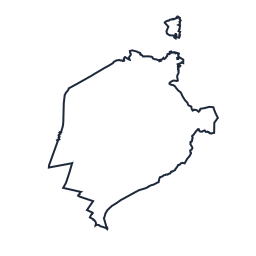 Metepec, Hidalgo, Mexico, rotated 70°
{"feature_id": "50627088B82713167627307", "entity_name": "Metepec", "entity_type": "district", "adm_level": 2, "iso_a3": "MEX", "parent_name": "Mexico", "parent_adm1": "Hidalgo", "projection": "natural_earth1", "projection_center": [-98.35, 20.259], "detail": "fine", "context": "isolated", "style": "outline", "palette": "slate", "viewbox_px": 256, "rotation_deg": 70, "n_neighbors": 0, "source": "geoboundaries", "source_scale": "gbopen_adm2", "svg_char_len": 5514}
<svg xmlns="http://www.w3.org/2000/svg" viewBox="0 0 256 256"><g transform="rotate(70 128 128)"><path d="M162.0,48.7L152.6,45.1L149.2,40.1L143.7,40.7L139.2,40.8L137.8,40.6L136.6,42.8L135.9,44.5L135.7,47.0L135.4,49.8L134.7,53.3L135.6,54.4L136.0,54.4L136.9,56.0L134.7,57.4L133.7,59.0L133.4,59.6L133.7,59.9L133.7,61.3L133.2,61.3L132.2,61.6L131.1,61.5L129.5,61.2L127.6,63.2L126.7,63.6L124.7,63.5L124.2,63.7L121.9,64.7L120.2,65.2L117.3,65.8L114.7,66.1L114.2,66.0L112.4,66.4L109.7,68.1L107.8,68.7L106.4,69.3L105.1,69.4L103.8,70.4L103.0,70.9L102.5,72.2L101.2,73.6L100.8,73.9L100.1,73.7L99.8,73.4L99.6,73.0L99.1,71.0L98.9,69.4L99.4,68.1L100.6,66.0L100.4,64.9L98.2,64.6L96.1,64.1L94.9,63.1L93.5,61.6L92.5,61.2L92.0,61.3L91.6,60.9L91.4,61.0L90.8,61.0L90.7,60.9L90.6,60.7L90.0,60.9L89.7,60.4L89.2,60.6L88.4,60.4L88.6,60.2L88.2,59.4L87.2,59.4L87.8,58.1L87.5,57.6L87.0,57.9L86.6,58.8L86.4,59.6L85.1,59.6L85.1,55.9L84.6,55.3L85.9,53.9L82.7,52.7L79.6,55.1L79.4,55.5L79.5,56.0L80.4,57.3L80.1,58.0L79.4,57.6L79.1,57.8L78.9,57.8L78.9,57.3L78.3,55.9L78.1,55.8L77.4,56.0L76.2,55.8L76.1,55.6L75.8,54.9L75.7,54.7L75.3,54.8L74.7,55.4L74.3,56.6L73.9,56.8L73.3,57.0L74.0,57.0L73.0,57.3L73.9,57.2L74.0,58.0L72.8,58.1L72.7,59.4L72.4,59.4L72.2,61.1L71.4,61.0L71.2,61.4L70.8,61.4L70.7,62.7L71.1,62.9L72.1,62.7L72.8,63.8L72.1,64.7L72.1,65.6L73.7,66.5L73.6,66.8L74.0,67.3L74.1,67.6L74.5,67.9L75.3,69.1L75.5,70.2L74.2,70.7L75.2,72.2L74.9,74.4L76.1,74.2L76.0,75.7L75.0,75.9L74.6,76.1L74.2,76.9L73.8,77.2L72.9,78.5L72.6,79.3L71.6,80.3L71.3,80.8L71.0,80.9L69.8,80.9L69.4,81.1L68.9,81.7L68.1,83.6L67.8,83.9L67.5,84.4L67.3,85.5L66.9,86.3L66.7,87.1L66.4,87.6L66.4,88.0L66.0,89.3L64.6,89.8L64.1,90.5L63.6,90.5L63.3,91.2L63.2,91.3L62.6,91.3L62.2,90.9L61.8,90.9L61.5,91.0L61.3,91.3L61.1,91.6L61.0,91.8L60.6,92.0L60.4,92.6L60.3,92.8L59.3,93.4L56.5,97.5L56.3,99.9L58.3,100.3L59.5,100.0L60.5,100.7L61.4,102.2L62.1,103.0L62.7,103.1L64.4,103.1L64.1,103.5L63.2,104.2L62.9,104.6L62.0,105.1L60.9,106.2L60.3,106.5L60.4,107.0L61.5,108.2L62.1,108.4L63.0,108.4L63.4,108.5L63.5,109.3L63.4,109.8L62.9,109.9L62.8,110.0L62.6,110.6L62.2,111.0L62.1,111.8L61.8,112.2L61.1,112.8L61.0,113.2L61.1,113.8L60.7,114.8L60.6,115.4L60.6,116.2L61.0,118.9L61.9,119.9L63.0,125.7L63.2,127.6L65.1,137.8L65.9,142.1L66.2,143.2L68.8,159.0L70.5,170.1L71.4,170.7L72.7,172.5L73.6,174.3L73.8,174.6L74.2,174.8L75.1,175.7L75.2,176.1L82.8,179.9L89.4,182.5L99.4,186.4L101.9,187.5L104.4,188.9L108.7,192.1L108.8,192.2L108.7,192.5L109.3,192.3L109.9,193.5L109.3,193.5L109.2,194.0L110.4,193.8L110.7,195.0L111.1,195.0L111.2,195.8L112.5,195.9L113.0,195.4L113.2,195.6L113.6,196.7L115.2,196.4L115.2,198.8L116.2,198.6L116.2,198.4L136.0,214.9L138.1,215.9L138.5,213.3L141.9,193.0L141.9,192.5L149.8,198.3L158.3,205.0L162.1,209.4L171.9,194.2L172.0,194.7L172.3,195.4L172.6,195.6L173.6,196.1L173.5,196.3L173.8,197.3L174.3,197.5L174.6,198.0L175.1,197.7L176.1,196.7L184.8,185.8L191.1,194.6L195.5,190.2L195.9,190.2L196.2,190.9L196.6,191.3L196.7,191.9L197.0,192.2L197.3,192.7L199.0,194.4L202.1,191.6L202.5,191.6L202.7,191.8L203.4,191.1L204.5,190.7L205.3,190.6L206.9,190.8L208.5,191.8L208.3,191.0L208.4,190.2L208.6,189.7L209.5,188.3L210.2,188.1L211.1,187.3L212.0,185.9L214.3,183.1L215.9,182.1L215.6,181.9L214.4,181.6L213.7,181.9L213.6,182.1L204.5,181.5L203.4,180.4L200.4,178.3L199.5,177.1L198.2,175.6L197.0,172.9L195.7,169.7L194.5,163.8L193.2,159.2L192.8,156.1L190.8,143.3L190.2,138.9L190.5,133.8L190.6,131.5L190.5,130.3L190.3,129.2L190.0,129.1L189.7,125.6L189.9,124.4L189.9,123.0L189.4,119.3L189.4,117.8L186.6,116.1L185.6,115.2L185.0,114.4L185.3,113.8L185.3,113.5L185.2,113.1L185.3,112.2L184.6,110.6L185.0,108.9L184.7,108.3L184.8,107.6L184.9,107.3L185.3,106.9L185.4,106.7L185.1,105.9L185.1,105.5L184.9,105.1L184.9,104.6L185.1,103.8L184.1,102.7L183.8,102.5L183.8,102.0L183.9,101.8L184.1,101.4L184.1,101.2L183.9,101.2L183.7,98.3L183.3,97.8L182.7,97.4L182.3,96.5L181.7,95.9L181.6,95.6L181.5,95.3L179.9,93.5L179.9,93.3L180.2,93.0L180.2,92.5L180.2,92.0L179.9,91.6L179.8,91.1L179.5,90.7L179.3,90.3L179.3,88.9L180.6,86.9L177.2,82.9L176.1,80.9L175.7,80.4L175.5,79.8L175.2,79.4L174.3,78.6L173.4,77.5L173.1,77.3L172.6,77.3L172.3,77.6L170.5,77.3L170.2,77.0L170.1,75.8L169.7,75.1L168.8,74.3L167.5,74.3L164.7,74.9L164.3,74.8L163.8,74.4L163.6,74.3L163.2,74.4L162.7,74.1L162.4,74.0L162.3,73.7L162.5,73.0L162.5,72.8L162.0,72.2L160.2,71.4L160.1,71.1L159.2,70.5L157.6,70.6L157.2,70.0L157.0,69.1L154.5,65.4L153.0,62.6L153.2,62.0L153.5,62.0L153.9,62.2L154.1,61.9L154.9,62.0L155.4,61.6L155.7,61.6L156.1,61.3L156.8,59.4L156.7,58.9L156.4,58.3L156.5,57.2L156.5,56.8L157.2,56.5L158.2,56.3L158.7,55.2L158.6,54.6L159.2,54.1L159.3,53.6L159.6,53.5L160.1,53.5L160.3,53.1L160.8,52.7L161.2,52.6L161.2,52.2L161.4,51.8L161.7,51.5L161.8,51.0L161.7,50.7L161.7,50.2L162.0,48.7ZM60.3,49.7L60.2,49.6L60.6,49.1L60.1,48.5L58.4,48.1L58.6,47.5L57.0,47.3L55.4,46.1L54.3,47.4L52.5,45.9L52.6,45.6L51.6,45.2L49.7,44.1L49.5,44.3L49.4,44.2L49.1,44.7L48.4,45.4L48.3,44.5L47.7,43.6L46.4,43.0L45.8,43.3L45.4,42.7L45.1,41.8L44.7,41.7L44.1,42.0L43.0,42.3L42.3,41.6L41.4,42.2L41.0,43.2L40.4,43.0L40.1,43.5L41.0,45.1L41.4,44.9L41.4,48.0L41.1,47.9L40.8,48.4L40.9,50.6L40.5,51.5L40.6,52.0L41.1,52.8L41.1,53.2L41.0,53.5L40.8,53.8L40.7,54.1L41.0,56.8L41.6,57.5L46.6,55.4L50.3,58.8L52.6,59.1L55.0,57.3L56.6,53.9L57.0,52.5L56.9,52.1L56.7,51.7L56.4,51.4L56.1,51.4L55.9,51.1L56.0,50.9L56.1,50.7L56.5,50.6L57.2,50.7L57.5,50.8L57.6,51.3L57.5,52.5L57.7,52.8L57.8,53.3L58.7,53.6L60.1,52.6L59.0,52.1L59.0,51.6L59.7,50.4L60.3,49.7Z" fill="none" stroke="#1e293b" stroke-width="2"/></g></svg>